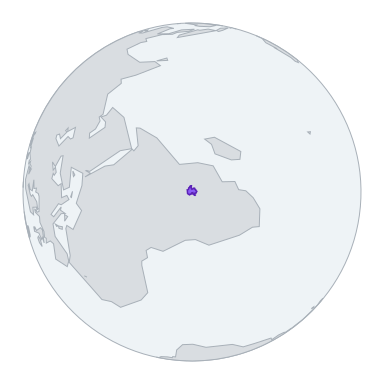 globe centered on Northern, rotated 275°
{"feature_id": "ZMB-515", "entity_name": "Northern", "entity_type": "Province", "adm_level": 1, "iso_a3": "ZMB", "parent_name": "Zambia", "parent_adm1": "", "projection": "orthographic", "projection_center": [30.182, -9.848], "detail": "fine", "context": "on_globe", "style": "filled", "palette": "violet", "viewbox_px": 384, "rotation_deg": 275, "n_neighbors": 0, "source": "natural_earth", "source_scale": "10m", "svg_char_len": 7253}
<svg xmlns="http://www.w3.org/2000/svg" viewBox="0 0 384 384"><g transform="rotate(275 192 192)"><circle cx="192" cy="192" r="169" fill="#eef3f6" stroke="#a8b0b8"/><path d="M24.4,170.9L24.1,173.3L25.3,175.5L25.6,182.0L25.2,186.8L26.3,187.1L26.3,190.0L33.3,190.5L39.1,195.9L40.4,206.1L38.5,219.5L43.7,245.5L42.2,256.5L46.4,267.1L53.4,283.5L51.8,284.3L57.1,290.7L60.2,295.9L60.5,297.4L64.7,302.4L65.2,303.4L67.8,306.0L74.7,313.5L79.9,318.0L86.5,323.8L89.9,326.4L90.1,326.7L92.0,328.1L94.2,329.7L93.1,329.0L83.6,321.6L74.6,313.5L66.2,304.8L58.5,295.6L51.5,285.8L45.1,275.5L39.5,264.8L34.7,253.8L30.7,242.4L27.5,230.8L25.2,218.9L23.7,207.0L23.1,194.9L23.3,182.9L24.4,170.9ZM93.9,329.6L94.8,330.1L90.7,327.0L94.8,329.4L97.6,331.7L94.2,329.8L93.9,329.6ZM87.7,323.3L85.9,321.2L87.0,321.7L88.4,323.4L87.7,323.3ZM347.3,125.3L347.3,125.5L347.2,126.9L348.1,129.6L345.7,125.0L346.1,129.0L353.4,148.1L354.4,152.9L353.4,159.7L352.7,155.9L346.4,143.7L347.7,155.1L352.6,167.5L354.4,180.3L351.8,174.7L349.7,163.4L347.4,158.8L346.2,148.6L340.8,132.7L338.0,133.8L336.4,128.0L328.6,114.8L323.5,116.3L316.7,128.6L318.7,143.7L315.1,149.5L303.5,125.9L298.2,111.5L294.1,112.1L282.1,99.5L261.6,96.6L258.6,93.0L254.8,94.2L246.4,90.4L241.8,84.9L236.7,85.0L248.8,99.7L254.3,99.8L258.8,94.8L261.1,100.1L269.3,105.6L260.4,117.7L229.9,128.1L226.9,116.9L203.6,88.3L204.3,85.3L204.2,85.0L203.9,84.4L201.8,89.2L197.7,84.1L210.2,103.0L212.3,111.7L229.5,128.8L227.9,130.5L233.4,134.3L251.0,130.9L251.1,134.7L242.8,152.3L218.4,177.1L221.7,195.2L219.9,210.8L204.8,221.2L206.2,233.8L198.4,238.3L197.9,245.5L191.7,253.4L181.2,261.1L163.4,262.0L162.2,255.3L153.1,243.0L140.5,213.5L144.9,199.6L143.3,189.5L130.4,168.3L133.2,156.0L129.8,151.4L122.7,153.4L118.8,148.0L114.5,148.4L87.9,156.7L80.0,150.8L70.9,130.9L75.8,121.3L77.0,111.7L111.2,75.8L118.1,76.2L144.6,69.5L147.8,70.2L144.3,76.8L163.9,83.6L170.7,77.7L188.8,81.8L201.1,81.6L206.1,69.6L186.0,69.4L182.9,63.9L199.3,59.1L216.9,60.4L216.3,58.4L205.5,53.6L209.8,50.4L201.7,51.8L204.8,53.8L199.8,55.0L196.7,53.3L198.4,52.1L193.1,51.2L186.6,58.1L188.9,60.9L175.0,62.6L177.7,67.6L173.8,70.1L167.9,62.8L168.7,60.0L157.4,53.5L155.3,56.4L165.8,63.0L162.4,62.6L159.6,67.5L159.0,63.5L148.1,56.3L135.8,59.5L119.5,73.0L112.5,75.2L106.8,74.2L113.3,62.1L128.4,58.6L130.9,55.1L128.4,51.3L133.2,50.8L134.0,49.1L139.7,48.0L148.4,43.2L154.3,42.2L158.2,37.6L161.7,36.7L158.4,39.5L159.3,41.3L174.1,40.1L177.1,39.0L178.4,36.3L182.3,36.7L181.7,34.3L190.4,33.4L179.3,32.8L180.5,30.5L186.1,28.9L184.5,28.2L175.5,31.1L173.7,32.4L175.4,33.6L168.7,38.2L163.5,39.3L162.9,34.8L155.5,36.2L158.2,32.8L180.9,26.0L190.1,25.1L204.2,27.4L201.8,28.3L195.5,27.7L200.9,29.9L200.6,28.9L203.9,29.5L205.9,28.1L208.3,28.5L206.2,26.8L209.3,27.1L210.6,28.2L216.3,27.2L223.0,28.1L223.2,27.7L221.4,27.1L231.1,29.1L230.8,28.8L227.5,28.0L224.7,27.0L223.5,26.3L226.9,27.0L227.8,27.3L234.8,29.5L236.6,30.8L237.9,31.1L237.1,30.2L228.6,27.4L226.9,26.9L231.4,28.0L229.6,27.5L229.9,27.5L233.3,28.2L228.6,27.1L228.4,27.0L240.4,30.1L252.0,34.1L263.4,38.9L274.3,44.5L284.9,50.8L294.9,58.0L304.4,65.8L313.3,74.4L321.5,83.5L329.1,93.2L335.9,103.5L342.0,114.2L347.3,125.3ZM99.1,92.0L98.1,94.8L99.1,92.0ZM235.6,68.8L246.2,70.3L241.4,62.9L245.0,63.0L242.1,60.7L241.0,62.4L233.7,56.3L238.2,55.0L236.9,52.3L233.3,51.8L226.2,55.4L236.5,63.7L234.2,66.3L235.6,68.8ZM132.9,42.4L134.6,42.8L132.1,44.8L124.6,47.5L128.2,44.5L132.9,42.4ZM137.7,43.1L139.1,38.6L143.9,37.3L141.0,38.7L143.9,38.2L140.1,40.5L143.2,44.1L141.2,46.3L128.4,49.2L133.7,46.8L131.7,46.3L137.7,43.1ZM134.5,34.2L135.2,33.5L144.5,31.2L142.8,32.2L135.2,34.5L132.8,34.8L134.5,34.2ZM157.9,26.5L157.2,26.7L152.9,27.6L151.0,28.1L150.0,28.3L148.0,29.0L147.5,29.0L144.3,30.0L146.4,29.5L131.4,34.3L144.5,29.9L157.9,26.5ZM151.8,67.6L154.3,67.6L158.4,67.0L156.7,70.3L151.8,67.6ZM144.2,62.7L146.5,62.0L146.1,65.9L143.5,66.0L144.2,62.7ZM148.1,58.7L146.7,61.7L145.9,60.2L148.1,58.7ZM160.6,39.0L163.2,38.5L163.3,39.1L161.8,40.1L160.6,39.0ZM185.6,23.2L187.1,23.1L183.3,23.5L181.6,23.5L182.4,23.4L181.8,23.3L185.6,23.2ZM202.5,71.5L198.8,73.8L197.0,72.6L198.6,72.1L202.5,71.5ZM176.5,71.5L182.3,72.9L176.0,72.4L176.5,71.5ZM187.1,23.3L186.4,23.2L188.6,23.2L187.1,23.3ZM190.0,23.1L190.6,23.0L189.7,23.1L190.0,23.1ZM261.9,302.0L262.4,304.7L260.0,304.5L261.9,302.0ZM248.5,209.6L236.6,237.1L228.7,236.9L227.4,228.4L232.0,211.6L241.2,207.3L245.8,200.0L248.5,209.6ZM358.6,219.0L358.4,221.1L358.3,221.9L358.6,219.0ZM358.9,214.9L359.0,216.7L358.6,216.4L358.9,214.9ZM359.0,218.0L359.0,217.4L359.0,218.0ZM358.7,214.0L355.8,208.6L354.2,204.5L355.0,202.1L357.6,206.0L358.7,214.0ZM354.8,201.8L351.8,190.8L344.6,164.0L347.2,165.7L354.1,183.6L353.8,185.7L355.7,193.9L354.8,201.8ZM360.6,194.5L360.1,201.6L359.0,198.0L358.2,195.5L357.7,185.2L358.0,180.9L358.8,182.1L359.5,170.4L360.2,175.8L360.5,181.2L360.9,188.8L360.6,194.5ZM319.5,145.3L323.3,155.3L321.0,156.3L319.5,145.3ZM358.6,163.6L358.9,166.3L358.3,162.3L358.6,163.6ZM349.7,134.0L349.0,133.7L348.2,131.3L348.6,130.4L349.7,134.0ZM216.8,24.9L213.7,24.9L213.8,25.4L217.6,26.4L210.9,25.3L210.7,24.4L216.8,24.9ZM332.9,285.3L330.2,286.7L331.2,283.4L334.5,278.9L342.6,262.2L342.7,263.1L347.1,252.6L351.1,248.4L353.3,242.3L349.4,253.5L344.6,264.5L339.1,275.1L332.9,285.3ZM360.6,202.6L360.2,208.2L360.2,207.2L360.7,199.4L361.0,191.4L361.0,190.6L360.6,202.6Z" fill="#d9dde1" stroke="#a8b0b8" stroke-width="1"/><path d="M193.7,187.1L193.7,187.4L193.9,187.7L194.1,188.0L194.3,188.2L194.4,188.3L194.5,188.3L194.8,188.3L195.0,188.3L195.3,188.3L195.5,188.3L195.7,188.5L195.8,188.6L196.0,188.6L196.0,188.8L196.1,189.0L196.3,189.3L196.5,189.3L196.6,189.2L197.1,189.3L197.1,189.6L197.3,189.7L197.5,189.7L197.9,189.8L198.0,189.9L198.1,190.3L198.2,190.6L198.2,190.9L197.9,190.9L197.6,190.8L197.3,190.8L197.0,190.8L196.8,190.9L196.6,191.0L196.3,191.1L196.1,191.0L195.9,191.1L195.6,191.1L195.4,191.0L195.1,191.2L195.0,191.3L194.9,191.5L194.7,191.7L194.9,192.0L195.1,192.3L195.3,192.6L195.4,193.0L195.6,193.1L195.9,193.3L196.0,193.4L196.0,194.1L195.8,194.1L195.7,194.1L195.4,194.2L195.3,194.3L195.3,194.5L195.2,194.5L194.9,194.6L194.7,194.7L194.8,194.7L194.8,194.8L195.0,194.8L194.9,194.9L194.9,195.0L194.7,195.3L194.6,195.2L194.4,195.2L194.3,195.3L194.2,195.4L194.1,195.5L193.9,195.6L193.6,196.0L193.5,196.3L193.4,196.3L193.2,196.4L193.2,196.5L193.0,196.8L192.9,196.8L191.9,196.1L191.4,196.1L191.3,196.3L191.2,196.3L191.1,196.5L191.2,195.5L191.2,195.3L191.1,195.2L190.9,195.0L190.9,194.8L190.7,194.8L190.6,194.7L190.4,194.6L189.6,195.1L189.6,195.3L189.7,195.5L189.7,195.8L189.7,195.7L189.4,195.7L189.1,195.4L188.9,195.3L188.9,195.2L189.0,195.0L189.0,194.7L189.4,194.4L189.5,194.3L189.6,194.2L189.8,194.0L189.7,193.9L189.8,193.8L189.8,193.7L190.0,193.5L190.0,193.4L190.3,193.3L190.5,193.2L190.8,193.1L191.0,193.1L191.2,192.8L191.2,192.7L191.3,192.7L191.2,192.5L191.2,192.4L191.3,192.2L191.2,192.0L191.2,191.9L191.0,191.7L190.9,191.7L190.7,191.6L190.4,191.5L190.3,191.4L190.2,191.5L190.2,191.4L189.9,191.3L189.9,191.2L189.7,191.1L189.5,190.9L189.5,190.7L189.6,190.4L189.6,190.2L189.4,190.1L189.2,190.0L189.1,189.9L188.9,189.8L188.9,189.7L189.0,189.6L189.1,189.4L189.3,189.2L189.4,188.7L189.5,188.5L189.6,188.4L189.7,188.2L189.8,188.1L190.0,188.0L190.1,187.9L190.2,187.7L193.7,187.1Z" fill="#8b5cf6" stroke="#5b21b6" stroke-width="1.5"/></g></svg>